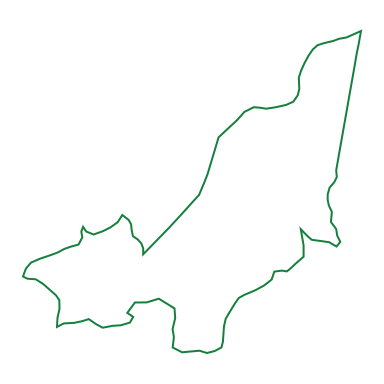 outline of Goianápolis, Goiás, Brazil
{"feature_id": "56859067B32748378565005", "entity_name": "Goianápolis", "entity_type": "district", "adm_level": 2, "iso_a3": "BRA", "parent_name": "Brazil", "parent_adm1": "Goiás", "projection": "albers", "projection_center": [-49.075, -16.499], "detail": "fine", "context": "isolated", "style": "outline", "palette": "green", "viewbox_px": 384, "rotation_deg": 0, "n_neighbors": 0, "source": "geoboundaries", "source_scale": "gbopen_adm2", "svg_char_len": 1641}
<svg xmlns="http://www.w3.org/2000/svg" viewBox="0 0 384 384"><path d="M361.0,31.0L354.3,34.0L346.3,37.5L339.0,38.8L333.4,40.9L324.1,43.1L317.5,45.2L312.8,49.5L308.7,55.4L304.6,62.9L301.1,70.6L298.8,77.8L299.3,88.8L297.8,95.2L293.3,101.7L286.2,104.9L275.9,107.2L266.1,108.7L260.8,107.8L253.8,107.2L244.4,111.9L237.4,119.8L218.6,137.3L207.5,174.3L204.4,182.2L199.1,194.9L193.5,201.0L182.4,213.3L169.5,227.3L143.2,254.3L143.2,248.4L141.3,243.4L137.8,239.5L132.9,236.1L131.6,229.6L131.1,224.3L128.7,220.0L122.3,215.0L117.7,222.2L110.3,227.5L102.6,231.3L93.6,234.5L86.2,231.5L83.1,226.8L81.3,231.5L82.3,237.4L78.5,244.6L71.3,246.5L64.4,248.9L57.7,252.5L50.7,255.1L39.7,258.8L31.0,262.6L25.9,268.6L23.0,276.5L27.4,278.7L35.8,279.3L43.3,284.1L55.9,295.2L59.3,300.0L59.5,308.9L57.5,317.8L57.0,326.9L63.9,323.4L73.9,322.9L82.1,321.2L88.8,319.1L96.0,324.1L102.7,327.7L112.7,325.8L120.6,325.3L129.9,322.6L133.2,316.9L127.3,312.9L134.9,302.5L146.7,302.4L158.8,298.7L174.5,308.4L175.2,318.1L172.6,329.2L173.9,337.0L172.7,347.5L182.1,352.3L199.4,350.7L207.0,353.0L214.5,351.1L221.4,347.5L222.9,341.8L224.0,326.3L225.7,318.8L229.6,312.1L232.4,307.6L235.0,303.3L238.9,297.9L244.7,294.7L251.2,292.0L255.6,290.1L264.2,285.4L271.7,279.5L274.3,271.6L282.0,270.6L286.8,271.4L290.5,268.5L295.9,263.4L303.6,256.7L303.6,245.5L300.8,229.2L308.0,236.6L311.8,239.8L322.1,241.2L329.1,242.2L336.5,246.5L340.3,241.9L337.2,235.6L336.2,229.1L330.9,221.9L331.9,212.0L328.8,205.3L327.7,200.0L327.7,194.4L329.6,187.6L334.2,182.3L336.8,177.1L336.2,170.3L337.8,161.1L354.9,64.3L355.7,59.4L357.0,52.0L358.4,45.5L361.0,31.0Z" fill="none" stroke="#15803d" stroke-width="2"/></svg>